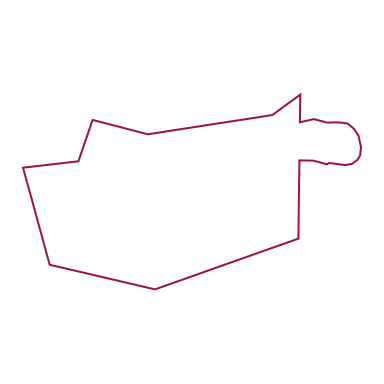 Schiermonnikoog, Friesland, Netherlands
{"feature_id": "6326949B70840390400292", "entity_name": "Schiermonnikoog", "entity_type": "district", "adm_level": 2, "iso_a3": "NLD", "parent_name": "Netherlands", "parent_adm1": "Friesland", "projection": "mercator", "projection_center": [6.273, 53.477], "detail": "fine", "context": "isolated", "style": "outline", "palette": "rose", "viewbox_px": 384, "rotation_deg": 0, "n_neighbors": 0, "source": "geoboundaries", "source_scale": "gbopen_adm2", "svg_char_len": 858}
<svg xmlns="http://www.w3.org/2000/svg" viewBox="0 0 384 384"><path d="M155.0,289.4L170.4,283.9L228.3,263.4L298.4,238.6L299.1,181.7L299.2,176.8L299.3,170.8L299.4,160.4L313.2,160.6L327.0,164.3L329.1,162.9L338.2,164.2L345.9,165.1L347.6,164.7L352.1,163.8L357.6,159.7L360.1,155.4L361.0,147.2L358.5,135.8L354.0,128.9L347.9,123.7L343.8,122.9L339.4,122.5L337.6,122.4L332.1,122.4L327.6,122.7L313.8,119.1L299.9,122.3L300.0,115.4L300.1,112.6L300.1,107.5L300.3,94.6L286.3,104.8L272.4,115.0L259.9,117.0L247.5,118.9L235.0,120.8L222.5,122.7L210.1,124.6L197.6,126.6L185.2,128.5L172.7,130.4L160.3,132.4L147.7,134.3L132.5,130.3L117.3,126.3L104.9,123.1L92.6,119.9L87.9,133.7L83.1,147.5L78.4,161.3L64.5,162.9L50.7,164.5L36.9,166.1L23.0,167.7L30.7,195.4L40.2,230.1L49.7,264.8L70.4,269.6L121.3,281.5L138.8,285.6L155.0,289.4Z" fill="none" stroke="#9f1239" stroke-width="2"/></svg>